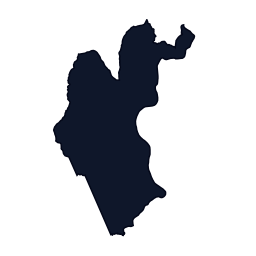 outline of Solita, Caquetá, Colombia, rotated 265°
{"feature_id": "7082276B92515443610451", "entity_name": "Solita", "entity_type": "district", "adm_level": 2, "iso_a3": "COL", "parent_name": "Colombia", "parent_adm1": "Caquetá", "projection": "orthographic", "projection_center": [-75.617, 0.89], "detail": "fine", "context": "isolated", "style": "filled", "palette": "ink", "viewbox_px": 256, "rotation_deg": 265, "n_neighbors": 0, "source": "geoboundaries", "source_scale": "gbopen_adm2", "svg_char_len": 5900}
<svg xmlns="http://www.w3.org/2000/svg" viewBox="0 0 256 256"><g transform="rotate(265 128 128)"><path d="M23.3,101.6L23.7,102.4L23.0,102.8L22.8,102.9L22.7,103.2L22.9,103.3L23.7,103.4L23.8,103.6L23.6,104.0L23.6,104.7L23.4,105.1L23.8,105.7L23.7,106.3L23.9,106.5L23.8,107.3L24.1,108.2L24.0,108.4L23.6,108.1L23.4,108.3L23.2,109.8L22.8,111.1L22.8,112.8L22.6,113.2L22.5,113.4L22.3,113.4L21.8,113.1L21.6,113.1L21.4,113.9L22.2,114.1L22.4,114.9L23.2,115.4L23.8,115.4L24.1,115.3L24.1,115.0L24.0,114.6L27.3,114.5L27.8,114.7L28.4,115.2L29.0,116.0L30.0,119.2L30.1,120.3L30.0,121.1L29.8,121.6L29.7,122.4L29.9,123.4L30.4,124.7L32.1,124.5L34.9,124.5L35.6,124.6L37.3,125.6L38.4,127.0L40.4,130.7L42.0,132.0L43.7,134.4L45.0,135.8L46.1,136.5L48.1,137.4L49.2,138.3L49.6,139.0L49.8,140.2L50.0,140.8L50.4,141.3L51.8,142.1L53.0,143.3L54.0,144.9L54.0,145.2L56.0,148.3L56.4,149.4L56.8,150.0L56.9,151.0L57.0,152.4L56.9,153.0L56.1,154.1L55.8,155.1L55.8,155.8L55.9,156.4L56.3,157.3L56.8,158.1L57.7,159.0L58.4,159.5L58.8,159.6L60.0,159.8L61.0,159.8L61.5,159.6L62.3,159.0L64.2,157.4L65.3,156.0L67.5,153.4L68.8,151.8L70.4,150.0L71.4,149.3L73.1,148.6L73.8,148.2L77.3,146.9L80.6,146.1L84.4,144.9L86.3,144.7L88.6,144.7L89.4,144.7L91.9,145.4L94.8,145.8L97.3,146.5L98.3,147.0L99.9,147.6L104.4,148.0L106.8,148.0L107.7,147.8L108.5,147.5L111.0,146.0L113.2,144.1L114.0,143.3L115.2,141.8L116.8,140.4L117.2,139.9L119.8,138.1L123.1,137.0L125.6,136.5L128.1,136.4L129.4,136.1L130.9,135.9L134.2,136.0L136.3,136.6L139.0,137.7L142.6,139.8L143.6,140.5L144.5,141.5L147.0,145.2L147.6,146.5L147.8,147.7L147.9,153.3L148.0,154.5L148.5,156.4L149.2,157.5L150.2,158.4L151.4,159.2L152.9,159.9L155.7,160.2L158.9,160.0L160.5,159.8L162.4,159.0L164.3,158.6L166.3,158.7L167.3,159.0L168.0,159.4L168.5,160.2L169.1,160.8L169.4,160.9L170.0,161.2L171.5,161.5L173.9,161.9L174.7,162.1L177.2,162.3L186.3,162.3L187.8,162.5L192.0,165.1L193.9,166.5L194.5,167.2L194.8,168.3L194.7,169.0L194.3,169.6L193.7,170.1L193.2,171.1L192.9,171.8L192.9,172.6L193.7,176.3L193.7,179.6L193.4,180.8L192.8,181.5L192.7,183.7L192.8,185.8L192.8,188.3L193.2,189.1L193.7,189.9L194.1,190.3L194.9,190.8L197.7,191.7L200.1,192.1L201.4,192.8L202.3,194.2L203.1,196.2L203.7,196.8L205.7,197.7L207.8,198.7L209.2,199.8L210.4,200.5L211.4,201.4L213.2,202.1L213.8,202.2L214.5,201.9L215.0,201.5L216.1,200.2L218.0,198.8L218.8,198.4L219.3,197.7L220.8,195.5L222.7,193.3L224.0,192.5L225.0,192.3L225.9,192.4L225.8,191.5L225.7,191.0L225.3,190.4L224.8,190.0L223.9,189.7L221.9,189.9L220.8,190.1L220.1,189.9L219.5,189.8L219.2,189.7L218.9,189.7L218.2,189.5L217.9,189.5L217.8,189.8L217.5,189.8L217.3,190.1L217.0,190.0L216.8,190.3L216.6,190.3L216.2,189.9L216.2,189.4L216.0,189.0L214.7,187.0L213.6,185.7L213.1,185.5L212.4,184.7L211.8,184.4L211.0,183.6L204.3,182.1L204.7,181.9L204.9,181.7L204.8,181.1L205.0,180.4L205.5,179.7L205.6,179.2L206.1,178.6L206.5,178.2L206.7,177.4L207.5,176.1L207.5,175.8L207.3,175.1L207.4,174.5L209.3,173.1L210.7,172.3L211.1,171.7L211.1,169.4L210.7,168.6L209.9,167.5L209.7,167.0L209.8,165.9L209.7,165.6L209.2,164.7L209.1,164.3L209.4,163.9L210.2,163.1L210.4,162.4L210.6,161.2L210.9,160.8L211.3,160.5L211.6,160.5L212.4,160.8L212.9,161.8L213.6,162.0L215.0,162.2L216.3,162.5L216.8,163.6L217.1,163.7L219.2,162.3L220.3,161.9L221.9,162.2L223.2,162.2L223.7,162.4L224.2,162.2L224.6,161.7L224.6,160.4L226.1,160.2L228.3,159.0L229.0,159.0L229.6,158.9L230.5,157.0L232.2,156.8L233.9,156.3L234.6,156.4L231.3,154.4L229.8,153.3L229.1,151.1L229.0,149.0L228.6,146.1L228.2,145.3L228.1,144.9L228.2,143.4L228.3,143.1L228.7,142.6L228.7,142.3L228.2,141.7L228.0,140.9L227.5,140.0L226.9,139.3L226.4,139.0L225.6,138.1L225.1,137.1L224.3,136.3L224.0,135.6L223.5,135.0L222.8,134.6L221.9,134.4L221.0,133.6L220.2,132.7L219.2,131.9L216.9,130.7L215.0,130.0L212.1,129.6L211.6,129.2L210.8,128.7L209.7,128.7L205.8,127.3L204.0,125.8L203.3,125.6L202.3,125.7L201.1,126.0L199.9,126.1L197.8,125.6L196.8,125.6L196.2,125.8L195.2,125.7L194.2,125.5L192.4,125.5L191.3,125.4L189.3,125.7L186.0,124.6L185.2,124.1L183.8,123.6L181.4,123.7L180.7,123.5L178.4,123.5L176.6,123.6L176.7,123.1L176.5,122.5L176.7,121.0L177.1,120.0L177.7,119.6L178.3,119.0L179.5,117.5L181.1,116.2L182.4,115.7L186.6,114.8L187.3,114.2L188.1,113.0L189.1,112.5L191.2,110.8L192.4,110.1L195.1,109.3L196.1,108.8L197.6,107.5L198.7,106.8L200.3,106.5L201.6,106.1L205.9,103.7L206.8,102.8L207.5,101.9L208.2,100.4L208.2,98.7L207.8,97.4L207.2,96.3L207.2,94.1L207.0,93.4L206.3,92.2L206.2,91.0L205.8,86.0L205.6,85.5L205.8,85.2L204.1,84.7L202.7,83.8L201.8,84.0L200.8,83.6L200.3,83.4L199.5,82.6L198.5,80.8L197.9,80.3L196.9,80.0L196.1,79.4L194.6,79.3L192.9,79.5L192.2,79.1L191.8,78.6L191.6,77.8L191.1,76.9L189.7,75.8L188.6,75.1L186.8,74.3L186.0,73.9L185.6,74.2L185.1,74.2L184.5,74.0L184.0,73.5L183.7,73.4L183.1,73.0L182.6,73.0L182.3,73.2L181.8,73.1L181.6,73.1L181.0,72.5L180.5,72.3L179.9,72.6L178.8,72.5L178.0,72.6L177.1,73.7L176.6,73.9L176.0,73.6L175.2,72.3L174.5,71.6L174.0,71.5L173.5,71.6L172.9,72.1L172.3,71.9L172.0,71.5L171.6,71.2L171.2,71.2L170.2,71.7L169.4,71.8L168.1,71.3L167.0,70.6L166.3,70.5L165.5,70.5L163.6,70.9L163.2,70.9L162.6,70.7L161.9,70.6L160.0,72.0L159.4,72.3L158.5,72.5L158.2,72.5L157.4,72.1L156.5,71.8L155.7,71.4L154.1,70.8L153.1,69.8L151.3,69.1L150.8,68.7L150.7,67.8L149.8,67.6L148.1,66.7L146.9,66.5L145.2,65.8L144.5,65.1L144.3,64.6L143.9,64.1L143.1,63.5L141.8,62.9L141.6,62.2L141.1,61.5L139.2,59.5L138.2,57.6L137.4,56.8L136.7,56.3L135.6,55.2L134.9,54.8L133.5,54.2L132.4,53.8L131.3,54.0L129.8,54.5L128.1,54.7L126.5,55.2L125.3,55.4L123.3,55.4L123.2,55.5L122.0,55.1L121.3,55.0L119.7,56.7L119.4,57.5L119.3,58.3L118.7,59.5L117.6,60.0L114.6,59.9L113.3,59.7L112.5,60.0L111.8,60.8L110.1,61.4L108.8,61.4L107.6,61.8L105.8,63.0L104.5,66.2L104.2,66.6L85.3,73.1L85.5,73.3L86.2,73.5L86.3,73.7L86.3,73.9L86.8,74.3L86.6,74.8L85.8,75.4L85.7,76.6L85.9,77.7L85.3,78.5L84.9,78.7L84.7,79.1L84.5,80.3L84.7,81.2L84.2,81.2L23.3,101.6Z" fill="#0f172a" stroke="#020617" stroke-width="1.5"/></g></svg>